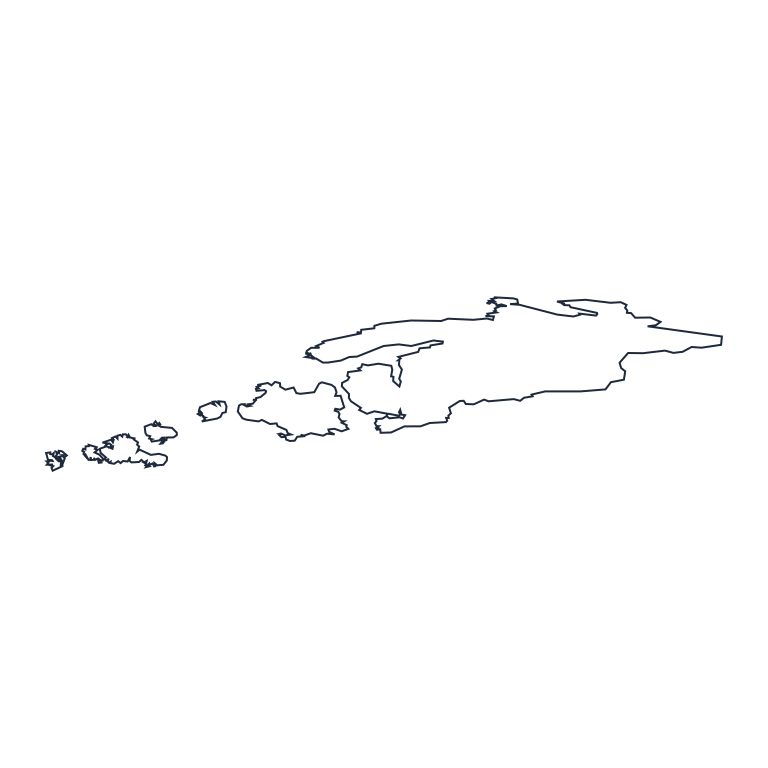 Askvoll nor, Sogn og Fjordane, Norway
{"feature_id": "86288312B32892511897079", "entity_name": "Askvoll nor", "entity_type": "district", "adm_level": 2, "iso_a3": "NOR", "parent_name": "Norway", "parent_adm1": "Sogn og Fjordane", "projection": "equal_earth", "projection_center": [4.992, 61.38], "detail": "fine", "context": "isolated", "style": "outline", "palette": "slate", "viewbox_px": 768, "rotation_deg": 0, "n_neighbors": 0, "source": "geoboundaries", "source_scale": "gbopen_adm2", "svg_char_len": 6049}
<svg xmlns="http://www.w3.org/2000/svg" viewBox="0 0 768 768"><path d="M721.9,336.5L647.6,326.3L655.7,325.3L660.5,321.9L650.4,317.5L635.1,317.7L631.1,313.1L626.9,312.8L627.3,310.5L625.1,307.9L626.5,304.9L620.7,302.2L610.7,302.8L585.5,299.8L557.0,301.5L564.9,303.8L563.0,304.2L564.1,305.1L569.4,305.3L570.5,307.2L597.0,312.9L597.3,314.1L596.0,315.6L579.3,313.6L580.0,314.7L573.4,316.5L557.3,314.6L519.6,304.8L510.0,304.1L518.1,303.6L517.2,299.5L513.4,298.4L493.9,297.3L495.4,298.2L491.5,299.0L494.4,301.2L488.7,300.9L489.4,302.4L486.6,303.0L489.3,303.7L491.7,302.0L496.4,304.0L496.5,305.5L501.5,304.4L506.8,306.1L500.3,306.2L494.8,308.5L495.8,310.2L494.2,311.0L496.8,312.4L487.5,313.7L488.6,315.4L485.5,316.0L493.9,316.4L492.9,320.0L486.9,318.5L473.4,319.8L448.1,318.7L441.1,321.0L411.2,320.5L381.4,323.7L374.4,325.8L374.3,328.3L361.2,329.8L361.0,332.6L356.8,332.1L359.4,333.7L323.7,341.2L322.5,341.8L323.6,342.9L316.2,346.0L319.5,347.8L311.1,347.8L306.9,350.8L306.2,352.7L308.5,353.2L305.4,353.5L309.9,354.7L309.2,353.6L310.4,353.4L310.9,354.8L305.6,357.0L310.9,357.8L312.1,356.2L314.0,357.6L311.6,358.6L316.2,358.6L322.9,362.6L328.3,362.5L340.7,360.6L349.3,357.0L357.0,356.6L383.6,346.0L398.7,344.4L411.3,346.0L433.4,340.5L442.9,341.6L442.5,343.5L430.5,345.4L430.0,347.4L419.6,348.3L418.2,351.9L398.4,356.9L400.6,358.4L398.2,360.3L399.3,360.3L399.0,365.1L401.9,369.6L399.2,378.8L400.8,381.4L399.4,386.5L393.2,381.1L393.4,376.8L391.1,376.3L392.3,369.7L391.3,365.8L378.4,363.7L368.0,365.4L362.3,364.2L361.2,367.4L358.2,368.4L360.4,370.4L348.1,372.1L347.3,375.9L349.3,377.3L347.6,380.0L342.1,382.9L341.9,386.4L349.0,394.0L348.9,397.9L350.9,401.2L360.9,407.9L359.2,409.9L367.0,413.8L374.4,411.3L387.2,413.7L386.8,415.3L388.1,413.7L398.7,415.7L400.5,414.3L399.0,412.3L400.2,409.8L401.5,414.6L405.1,415.2L403.0,418.5L399.6,417.3L389.4,418.3L386.5,416.1L382.5,418.6L375.8,419.1L376.5,421.1L374.8,423.0L376.5,426.1L378.6,426.2L377.0,427.3L379.3,427.5L376.2,428.5L376.9,429.7L380.2,429.3L380.6,432.8L391.0,432.5L404.4,426.4L420.5,426.3L429.8,423.0L446.0,422.1L447.2,420.7L446.2,417.9L448.7,418.0L448.4,415.6L450.9,413.3L449.1,407.7L459.8,401.0L463.7,400.8L465.8,404.0L473.8,404.3L484.1,399.6L488.6,401.3L513.8,399.1L520.2,400.8L523.9,397.8L532.6,396.3L531.6,394.6L545.1,391.4L580.6,391.4L605.5,389.4L610.9,382.2L623.9,379.7L625.2,371.3L621.1,368.0L619.6,362.7L628.1,353.0L643.1,353.2L665.0,350.6L673.4,352.9L682.6,351.8L691.6,347.0L701.5,347.7L721.1,344.8L721.9,336.5ZM275.1,381.9L271.5,385.3L267.8,383.0L257.3,385.0L261.3,385.5L256.9,386.8L258.5,388.3L255.9,388.7L256.5,390.8L264.6,390.1L266.1,391.2L265.6,392.9L260.4,397.1L256.1,398.1L256.1,399.8L253.0,399.7L255.4,400.6L252.8,403.7L246.6,404.5L250.2,405.9L246.8,406.5L243.3,404.6L245.8,404.2L241.1,404.3L239.0,405.6L237.8,411.5L242.5,418.3L246.4,419.7L258.5,421.4L261.9,419.9L270.0,424.0L276.6,423.4L277.6,426.1L286.4,429.9L287.7,433.1L291.0,434.5L285.2,435.4L281.0,433.5L278.9,434.0L280.4,434.7L279.5,435.4L281.5,437.2L285.5,436.8L286.2,439.6L290.0,441.0L294.7,440.7L297.2,436.8L303.0,436.3L300.7,434.8L304.1,435.6L310.8,433.2L323.1,435.7L327.0,433.7L334.6,434.4L329.1,431.8L328.4,429.5L334.4,428.8L341.6,431.3L348.4,428.9L346.3,426.9L346.7,425.2L341.8,422.8L344.3,421.3L341.6,421.2L338.6,417.4L339.5,414.0L338.3,411.8L334.7,410.6L335.3,408.8L340.1,409.6L344.2,407.4L340.6,395.8L335.2,395.9L336.5,392.3L335.0,387.5L331.5,384.9L321.8,382.3L319.0,383.8L314.3,392.2L300.5,393.8L296.4,393.1L293.6,387.5L285.4,389.7L280.2,386.6L280.0,383.2L275.1,381.9ZM120.3,434.9L117.4,435.7L117.5,438.6L115.4,436.5L112.1,438.0L113.7,439.7L112.9,442.3L111.1,439.7L102.5,442.6L107.1,443.3L106.3,444.4L109.5,443.5L111.4,445.1L110.1,447.2L113.0,446.4L112.5,448.8L106.5,446.3L99.7,448.8L100.7,452.9L106.0,457.5L104.8,458.5L106.2,460.7L108.8,458.8L107.5,461.2L108.8,462.6L110.6,461.7L110.3,463.1L114.1,463.8L118.2,461.2L120.6,463.1L123.0,461.0L127.6,461.5L130.1,457.0L129.5,460.8L131.4,462.4L139.0,462.0L141.4,459.9L144.0,462.3L146.7,460.9L146.2,463.0L144.7,463.0L146.2,463.9L145.4,465.2L147.3,465.4L146.0,467.1L149.3,466.3L147.7,465.4L149.4,463.4L150.0,464.8L152.6,463.4L154.1,466.4L155.3,466.2L154.7,463.2L157.2,465.3L163.4,464.8L166.8,460.5L167.0,457.1L165.4,455.6L158.9,453.8L150.9,454.9L139.6,449.7L137.2,451.6L139.2,446.5L137.1,444.7L138.0,442.4L133.7,439.4L134.4,438.4L128.0,437.1L129.4,436.3L128.5,434.8L127.6,436.9L125.9,434.3L122.8,434.3L122.3,436.6L120.3,434.9ZM155.5,421.3L153.3,424.2L157.2,425.8L153.7,426.1L151.2,424.2L144.7,426.7L145.4,432.9L146.8,435.3L150.2,436.2L149.1,438.5L151.9,439.2L150.8,439.6L151.8,441.6L161.3,440.1L162.6,440.9L160.5,443.7L162.8,443.4L164.3,441.4L161.3,439.8L163.1,438.5L160.8,438.9L162.0,437.7L164.7,437.6L164.2,439.9L166.4,440.1L166.9,437.5L173.5,437.4L176.8,435.1L176.8,432.7L172.0,427.9L161.0,426.9L159.1,425.8L160.3,424.5L159.3,423.0L158.0,424.5L155.5,421.3ZM215.8,401.5L212.7,401.8L214.9,405.0L210.5,403.0L200.0,407.2L199.1,410.0L200.2,411.2L198.1,411.1L200.3,412.3L197.8,414.0L200.2,415.5L202.2,412.6L201.9,415.3L203.9,416.3L202.1,416.3L205.2,417.5L204.0,417.8L205.0,419.4L201.9,421.5L217.3,418.5L220.5,416.8L222.4,413.0L225.7,412.2L226.5,406.6L224.7,401.9L218.6,401.3L219.6,404.6L215.8,401.5ZM62.0,451.3L58.8,450.8L59.1,453.2L56.1,451.8L57.1,454.6L54.7,457.0L53.0,456.1L53.7,453.1L52.1,454.4L50.2,454.1L50.3,452.4L46.1,453.0L48.0,459.9L52.1,460.2L52.6,461.0L47.3,460.5L49.7,461.4L46.7,461.4L48.2,462.9L46.8,464.7L52.9,464.5L51.0,465.5L53.2,466.1L51.5,467.9L52.7,470.7L62.5,466.1L62.2,463.3L60.8,465.3L60.9,460.9L58.7,461.3L55.2,457.9L60.4,460.7L57.2,457.2L61.4,456.2L59.8,457.5L63.2,462.5L64.7,458.6L62.1,455.2L64.5,455.2L63.3,455.8L64.4,457.4L66.8,455.4L62.0,451.3ZM96.6,447.2L88.7,444.8L88.9,446.1L85.6,446.4L85.4,449.5L83.2,448.8L82.3,450.9L84.2,452.0L83.5,453.9L86.3,457.2L86.4,456.4L85.3,454.7L85.5,454.5L88.5,459.9L90.2,459.7L90.6,457.0L91.1,460.0L94.3,459.8L94.0,457.8L95.1,459.9L98.0,458.4L100.8,460.4L98.2,460.4L98.8,462.8L101.5,462.5L101.1,460.5L103.9,459.6L99.4,454.7L94.6,452.4L97.7,449.8L95.0,448.9L96.6,447.2Z" fill="none" stroke="#1e293b" stroke-width="2"/></svg>